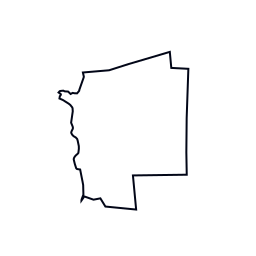 Ste. Genevieve, Missouri, United States of America, rotated 224°
{"feature_id": "52423323B83513729343256", "entity_name": "Ste. Genevieve", "entity_type": "district", "adm_level": 2, "iso_a3": "USA", "parent_name": "United States of America", "parent_adm1": "Missouri", "projection": "equal_earth", "projection_center": [-90.094, 37.899], "detail": "fine", "context": "isolated", "style": "outline", "palette": "ink", "viewbox_px": 256, "rotation_deg": 224, "n_neighbors": 0, "source": "geoboundaries", "source_scale": "gbopen_adm2", "svg_char_len": 1040}
<svg xmlns="http://www.w3.org/2000/svg" viewBox="0 0 256 256"><g transform="rotate(224 128 128)"><path d="M111.1,43.5L111.9,48.4L103.0,52.5L99.0,58.2L89.7,55.8L65.5,75.0L91.5,97.3L89.9,98.9L53.3,135.2L69.2,151.1L92.7,175.9L125.7,212.5L138.6,201.3L150.8,211.8L172.0,174.4L181.7,156.4L199.0,136.6L195.5,134.3L195.0,133.6L189.6,121.8L189.0,120.9L188.9,120.4L188.7,117.6L190.5,115.9L192.2,114.8L192.9,112.6L196.4,112.6L199.0,110.4L200.5,109.9L202.5,107.5L202.7,106.9L202.6,105.3L200.2,105.7L199.6,105.5L199.3,105.0L199.1,103.5L197.8,101.6L194.3,102.9L187.6,104.3L185.5,104.5L182.5,104.1L181.6,103.7L179.3,101.6L172.6,92.3L168.8,90.6L167.9,90.0L167.3,89.3L166.9,88.4L166.7,87.5L166.2,86.2L165.7,85.3L165.1,84.9L163.5,84.4L161.5,84.3L159.0,84.9L157.0,84.8L155.5,84.0L150.8,80.8L148.9,78.9L146.4,75.6L146.3,74.4L146.5,72.0L146.4,70.4L145.9,68.6L145.1,67.6L141.3,65.2L137.4,63.1L136.5,63.0L136.0,63.2L133.6,64.9L124.4,58.5L123.8,58.1L120.6,55.8L113.8,49.1L111.8,44.5L111.2,43.6L111.1,43.5Z" fill="none" stroke="#020617" stroke-width="2"/></g></svg>